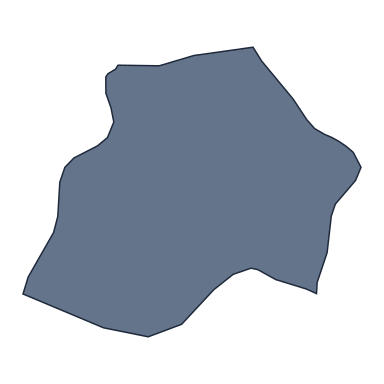 outline of Kalinga
{"feature_id": "PHL-4931", "entity_name": "Kalinga", "entity_type": "Province", "adm_level": 1, "iso_a3": "PHL", "parent_name": "Philippines", "parent_adm1": "", "projection": "natural_earth1", "projection_center": [121.33, 17.443], "detail": "fine", "context": "isolated", "style": "filled", "palette": "slate", "viewbox_px": 384, "rotation_deg": 0, "n_neighbors": 0, "source": "natural_earth", "source_scale": "10m", "svg_char_len": 653}
<svg xmlns="http://www.w3.org/2000/svg" viewBox="0 0 384 384"><path d="M253.0,47.2L261.7,61.1L293.1,99.0L306.8,119.7L314.5,128.5L324.2,134.2L331.9,137.5L339.4,141.7L346.5,146.6L353.2,152.3L361.0,167.3L355.6,180.4L335.4,204.0L331.3,216.0L327.1,252.7L317.1,282.6L316.5,293.6L306.6,289.1L275.8,279.6L257.7,269.6L251.0,268.2L233.2,274.3L213.8,289.7L181.6,324.3L148.2,336.8L103.5,327.8L23.0,294.0L28.2,277.0L53.6,232.5L57.8,216.3L59.8,182.2L64.9,167.3L74.0,157.9L97.6,145.8L107.5,137.5L113.8,122.0L111.0,107.8L105.9,93.3L105.8,76.9L108.1,73.6L115.5,69.2L118.0,65.2L159.2,65.8L193.9,55.5L253.0,47.2Z" fill="#64748b" stroke="#1e293b" stroke-width="1.5"/></svg>